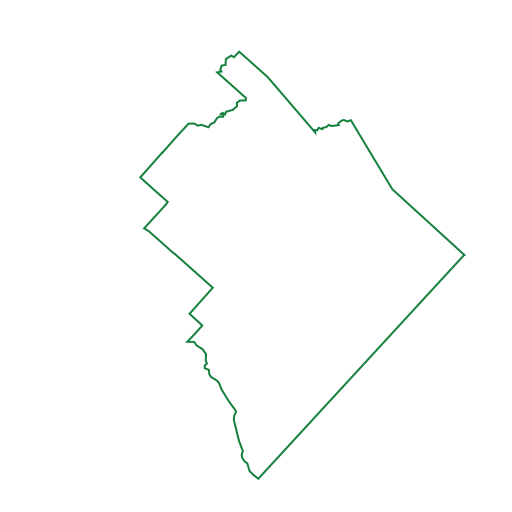 the district of Yavapai, Arizona, United States of America, rotated 222°
{"feature_id": "52423323B41142242539063", "entity_name": "Yavapai", "entity_type": "district", "adm_level": 2, "iso_a3": "USA", "parent_name": "United States of America", "parent_adm1": "Arizona", "projection": "albers", "projection_center": [-112.227, 34.707], "detail": "fine", "context": "isolated", "style": "outline", "palette": "green", "viewbox_px": 512, "rotation_deg": 222, "n_neighbors": 0, "source": "geoboundaries", "source_scale": "gbopen_adm2", "svg_char_len": 1370}
<svg xmlns="http://www.w3.org/2000/svg" viewBox="0 0 512 512"><g transform="rotate(222 256 256)"><path d="M102.7,332.8L102.0,396.0L101.9,396.2L199.2,396.8L251.3,412.7L276.3,420.4L278.2,417.1L281.8,415.8L283.0,413.8L283.6,409.6L282.1,408.7L286.5,403.4L289.6,402.1L290.0,398.9L292.1,395.9L291.6,394.6L295.2,393.2L294.6,390.4L296.5,388.9L294.7,387.4L344.6,393.9L367.2,396.8L405.2,396.6L405.4,389.0L408.6,388.3L410.1,382.1L406.5,377.7L408.9,374.4L407.1,370.4L405.2,369.9L407.7,366.5L369.2,366.7L367.8,364.7L372.0,360.7L372.7,357.0L370.3,354.6L371.1,349.0L374.8,343.0L373.7,340.5L376.7,340.0L377.0,338.1L375.0,339.2L373.6,337.6L375.2,335.9L376.3,335.5L377.2,332.2L376.3,327.5L378.0,323.5L377.5,319.9L384.4,316.9L386.5,313.9L390.4,313.2L394.7,309.3L394.7,302.8L394.9,297.2L394.7,270.1L394.9,270.1L394.6,237.0L372.8,237.0L357.8,237.1L357.4,234.1L357.6,201.7L352.5,202.7L320.1,202.9L317.8,203.2L266.9,203.5L266.7,168.6L249.4,168.4L249.4,154.0L249.7,146.3L244.5,150.7L240.1,149.8L233.3,151.0L227.5,149.6L223.2,144.5L220.5,143.3L220.8,140.3L218.9,138.3L214.9,139.9L211.5,136.9L208.5,136.0L202.0,137.2L198.8,137.0L191.9,133.6L178.3,129.7L168.0,127.6L166.6,126.9L165.3,122.7L163.0,119.5L145.2,107.4L135.2,102.2L133.7,98.8L131.0,96.7L127.0,95.7L123.8,96.1L116.9,91.9L110.9,91.6L105.2,92.1L105.2,96.0L103.6,247.2L102.7,332.8Z" fill="none" stroke="#15803d" stroke-width="2"/></g></svg>